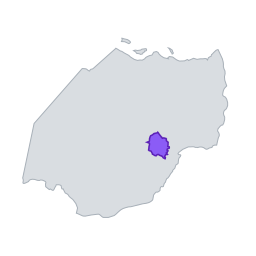 location of Mbarali, Mbeya, United Republic of Tanzania, rotated 282°
{"feature_id": "72390352B36245556910711", "entity_name": "Mbarali", "entity_type": "district", "adm_level": 2, "iso_a3": "TZA", "parent_name": "United Republic of Tanzania", "parent_adm1": "Mbeya", "projection": "orthographic", "projection_center": [34.247, -8.278], "detail": "fine", "context": "in_parent", "style": "filled", "palette": "violet", "viewbox_px": 256, "rotation_deg": 282, "n_neighbors": 0, "source": "geoboundaries", "source_scale": "gbopen_adm2", "svg_char_len": 7233}
<svg xmlns="http://www.w3.org/2000/svg" viewBox="0 0 256 256"><g transform="rotate(282 128 128)"><path d="M94.9,180.7L92.1,179.2L89.5,178.4L87.4,177.4L86.5,176.4L84.6,176.0L82.9,175.9L81.3,175.0L78.1,174.7L77.7,174.1L77.7,172.7L77.1,172.4L76.0,172.0L74.7,172.1L73.9,172.3L73.5,172.2L72.4,171.4L71.5,170.4L71.1,168.8L69.6,167.8L67.9,167.0L63.2,167.1L62.5,166.9L61.4,166.1L60.0,164.7L59.0,163.2L58.0,161.1L57.0,158.3L51.6,147.2L51.0,145.1L49.9,142.8L48.2,139.9L46.3,137.8L43.8,135.9L41.0,134.0L39.5,132.7L36.5,127.5L35.9,125.0L35.4,122.5L35.6,121.5L37.4,118.2L37.6,117.2L37.3,116.0L36.4,113.4L35.3,110.2L32.9,104.5L32.6,103.0L32.6,101.9L33.9,96.0L33.9,95.2L39.3,95.3L43.3,92.7L46.7,88.8L47.4,87.2L48.8,84.7L50.1,83.5L50.7,82.6L51.4,80.1L53.3,78.5L55.0,77.2L54.6,76.3L54.9,75.9L55.9,75.3L57.7,74.6L58.1,73.4L58.1,71.9L57.8,71.1L57.8,70.2L57.5,69.6L56.3,69.5L54.5,68.8L53.0,68.5L51.9,68.1L51.5,67.8L51.4,66.9L52.2,64.7L51.4,63.8L53.3,60.0L53.6,59.6L54.3,59.5L55.4,59.1L56.4,58.9L57.2,59.1L57.8,58.9L58.4,58.5L58.8,57.2L59.2,55.1L59.0,53.4L58.2,52.1L58.0,50.1L58.3,47.4L58.0,45.1L57.2,43.3L56.3,42.3L54.9,41.8L52.8,39.0L52.1,37.7L52.2,36.9L53.0,36.5L54.3,36.6L55.6,36.3L56.8,35.6L58.0,35.3L58.6,35.4L112.9,35.2L176.4,70.7L176.7,71.1L177.1,74.2L177.0,75.2L176.1,76.9L175.8,77.8L175.7,78.5L176.0,78.7L176.8,78.8L177.5,79.3L177.8,79.6L178.3,80.9L179.0,81.6L202.9,99.2L203.5,99.5L203.1,100.9L201.8,104.4L201.7,105.9L201.1,107.6L200.6,108.8L199.2,113.7L198.0,115.6L196.4,119.9L196.1,123.2L197.0,125.6L197.3,127.8L199.1,129.9L200.6,130.7L201.6,131.7L203.3,134.0L204.3,136.3L207.5,137.4L208.7,139.9L208.2,141.7L206.7,143.1L205.3,145.4L204.2,148.4L204.1,153.1L204.9,152.4L206.5,153.6L206.7,157.0L204.9,161.0L204.4,162.9L204.2,164.5L205.4,169.3L207.3,171.8L207.1,172.6L206.6,173.2L209.8,177.6L209.5,181.3L210.7,184.3L211.2,186.8L211.9,188.8L212.1,190.1L211.0,191.6L213.4,192.0L214.7,193.3L215.4,194.4L217.1,194.4L218.0,195.2L219.3,195.9L222.2,197.9L223.0,198.9L223.4,199.8L215.3,205.9L212.3,207.4L210.2,208.1L208.0,208.5L205.9,209.5L203.9,211.0L201.3,211.7L198.2,211.7L194.9,212.7L189.7,215.8L186.7,214.0L184.4,213.5L181.7,213.5L180.0,213.7L179.4,214.1L178.9,215.1L178.4,216.9L176.6,218.6L173.5,220.2L170.7,220.8L168.0,220.4L166.3,219.7L165.4,218.7L164.0,218.3L162.2,218.3L160.5,219.0L158.8,220.3L156.2,220.8L152.5,220.6L150.6,220.0L150.3,218.9L148.8,217.7L145.9,216.2L143.7,216.2L142.4,217.6L141.1,218.4L140.0,218.8L138.9,218.8L137.5,218.4L133.5,218.3L129.7,218.3L129.3,216.3L128.5,215.1L127.8,214.4L126.5,214.2L126.2,213.7L125.7,212.4L125.1,211.4L124.2,210.5L123.7,209.7L123.5,208.9L123.7,208.1L124.5,206.1L124.7,204.7L124.6,203.3L124.2,201.8L123.3,200.1L123.4,199.6L123.1,198.4L123.1,197.5L123.3,196.5L123.1,195.1L122.3,192.2L122.3,191.5L121.5,190.1L119.0,186.7L118.8,186.3L114.9,182.9L113.3,182.2L112.7,182.8L112.5,183.4L112.7,184.5L112.6,185.0L112.4,185.3L111.5,185.2L110.9,185.1L109.4,184.2L108.2,184.0L105.3,184.2L104.2,184.4L103.4,184.2L101.9,182.6L100.1,182.3L98.5,182.2L95.8,180.5L94.9,180.7ZM208.0,125.2L209.3,128.9L209.1,129.6L208.2,130.0L207.7,130.0L207.1,129.4L206.7,128.2L206.0,128.5L204.8,127.0L203.6,126.9L202.6,125.1L203.0,123.5L202.8,120.9L204.1,119.6L204.8,117.3L205.7,118.9L205.8,121.3L206.9,124.2L208.0,125.2ZM214.5,103.3L214.6,104.2L214.4,105.0L214.4,107.6L214.3,109.4L213.3,111.7L212.5,112.6L211.7,112.3L211.2,111.9L210.7,111.3L211.7,106.9L211.2,103.6L213.1,104.0L214.5,103.3ZM211.3,156.5L210.4,156.7L210.0,156.5L209.5,155.8L210.5,155.2L211.4,154.0L213.7,152.3L214.7,150.9L214.6,152.2L213.3,155.2L212.2,155.4L211.3,156.5Z" fill="#d9dde1" stroke="#a8b0b8" stroke-width="1"/><path d="M118.0,149.6L117.6,151.8L117.6,152.0L117.3,152.2L117.2,152.2L117.0,152.3L116.7,152.4L116.3,152.4L115.5,152.5L115.4,152.5L114.9,152.4L114.5,152.4L114.0,152.4L113.7,152.5L113.4,152.5L113.2,152.5L112.9,152.6L112.6,152.6L112.3,152.7L112.2,152.7L111.7,152.6L111.4,152.7L110.9,152.7L110.9,152.8L110.7,152.9L110.5,153.0L110.4,153.2L110.3,153.3L110.3,153.5L110.2,153.8L110.2,154.1L110.2,154.3L110.2,154.9L110.2,155.0L110.2,155.3L110.0,155.5L109.8,155.6L109.7,155.8L109.4,156.0L109.2,156.1L109.0,156.3L108.8,156.5L108.6,156.6L108.5,156.8L108.3,157.0L108.0,157.2L107.8,157.3L107.5,157.4L107.5,157.5L107.4,157.5L107.4,157.8L107.4,158.0L107.2,158.5L107.1,158.8L106.9,159.2L106.8,159.4L106.7,159.5L106.7,159.9L106.7,160.0L106.6,160.4L106.6,160.7L106.7,160.9L106.7,161.2L106.8,161.2L106.8,161.3L107.0,161.4L107.3,161.5L107.5,161.7L107.7,161.8L107.8,162.1L108.1,162.3L108.3,162.7L108.4,162.8L108.4,163.0L108.4,163.3L108.4,163.5L108.3,163.8L108.2,163.9L108.2,164.0L107.9,164.3L107.9,164.5L107.8,164.8L107.8,165.0L107.8,165.3L107.8,165.6L107.7,165.8L107.6,166.0L107.5,166.4L107.6,166.6L107.7,166.8L107.6,167.0L107.4,167.2L107.3,167.4L107.2,167.5L107.0,167.8L106.9,167.9L106.8,168.1L106.6,168.2L106.4,168.4L106.2,168.6L106.1,168.8L106.0,169.1L106.0,169.3L106.0,169.5L105.9,169.9L105.8,170.1L105.7,170.3L105.6,170.5L105.7,170.8L106.0,170.7L106.3,170.7L106.6,170.7L106.9,170.7L107.0,170.7L107.2,170.3L107.3,170.2L107.5,170.0L107.7,169.8L107.8,169.8L108.0,169.8L108.3,170.0L108.9,170.1L109.0,170.1L109.8,170.5L110.1,171.4L110.2,172.0L110.3,172.1L110.5,171.6L110.6,171.3L110.7,170.9L110.9,170.9L111.2,170.9L111.3,170.9L111.6,170.8L111.6,171.0L111.6,171.4L111.8,171.4L112.0,171.4L112.3,171.4L112.5,171.4L112.8,171.4L113.2,171.3L113.2,171.6L113.3,171.7L113.6,171.8L114.0,171.9L114.1,171.7L114.3,171.5L114.3,171.3L114.3,170.9L114.7,170.8L115.0,170.8L115.4,170.9L115.5,170.8L115.8,171.0L116.1,171.2L116.1,171.4L116.3,171.6L116.3,171.8L116.4,172.0L116.5,172.1L116.6,172.3L116.8,172.5L117.4,172.5L118.2,172.2L118.3,171.8L118.3,171.7L118.3,171.3L118.4,171.2L118.3,170.7L119.6,170.6L120.1,170.6L120.5,170.6L120.8,170.5L121.0,170.4L121.5,170.3L121.8,170.3L122.0,170.2L122.1,170.3L122.7,169.9L122.9,169.2L123.0,169.0L123.2,168.8L123.3,168.6L123.4,168.4L123.5,168.2L123.8,168.1L124.0,168.1L124.9,167.8L125.2,167.8L125.3,167.8L125.4,167.6L125.5,167.5L125.5,167.4L125.7,167.2L125.6,166.9L125.7,166.6L125.6,166.4L125.6,166.1L125.7,165.9L125.7,165.5L125.8,165.3L125.8,165.2L125.7,165.0L125.7,164.9L125.6,164.7L125.5,164.4L125.3,164.3L125.2,164.2L125.1,163.9L125.2,163.7L125.3,163.6L125.3,163.4L125.5,163.2L125.8,163.1L125.9,162.9L126.0,162.9L126.2,162.5L126.2,162.4L126.3,162.4L126.4,162.2L126.5,162.0L126.7,161.8L126.8,161.7L127.0,161.6L127.1,161.4L127.3,161.1L127.5,160.9L127.6,160.7L127.9,160.4L128.2,160.1L128.4,159.8L128.7,159.5L128.8,159.3L128.9,159.2L129.0,159.1L129.2,158.9L129.3,158.9L129.5,158.8L129.6,158.6L129.7,158.3L129.9,158.1L130.0,158.0L129.7,157.9L129.5,157.7L129.4,157.6L129.3,157.4L129.2,157.3L129.1,157.1L129.0,156.9L128.9,156.7L128.8,156.4L128.7,156.2L128.6,155.9L128.4,155.6L128.2,155.4L128.2,155.2L128.0,154.9L127.9,154.7L128.0,154.6L127.9,154.5L127.4,154.1L126.9,153.8L126.6,153.5L126.5,153.4L126.3,153.3L126.2,153.2L126.0,152.9L125.9,152.8L125.8,152.6L125.7,152.4L125.4,152.2L125.2,151.8L125.0,151.7L124.9,151.7L124.6,151.6L124.1,151.5L123.6,151.4L123.1,151.4L122.1,151.3L121.9,151.3L121.7,151.3L121.3,151.4L121.0,151.5L120.9,151.5L120.6,151.5L120.3,151.6L120.1,151.6L119.6,151.6L119.4,151.6L119.1,151.2L118.9,150.9L118.7,150.7L118.6,150.3L118.5,150.2L118.4,150.1L118.1,149.8L118.0,149.6Z" fill="#8b5cf6" stroke="#5b21b6" stroke-width="1.5"/></g></svg>